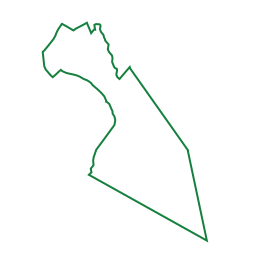 outline of New Development, Soufrière, Saint Lucia, rotated 100°
{"feature_id": "8701671B90589302469982", "entity_name": "New Development", "entity_type": "district", "adm_level": 2, "iso_a3": "LCA", "parent_name": "Saint Lucia", "parent_adm1": "Soufrière", "projection": "natural_earth1", "projection_center": [-61.052, 13.862], "detail": "fine", "context": "isolated", "style": "outline", "palette": "green", "viewbox_px": 256, "rotation_deg": 100, "n_neighbors": 0, "source": "geoboundaries", "source_scale": "gbopen_adm2", "svg_char_len": 1572}
<svg xmlns="http://www.w3.org/2000/svg" viewBox="0 0 256 256"><g transform="rotate(100 128 128)"><path d="M139.7,64.9L68.8,136.4L67.7,136.9L81.2,144.9L79.8,147.3L77.5,148.8L75.6,148.8L72.9,148.8L71.6,149.4L71.4,150.8L70.5,152.1L68.5,153.4L65.7,155.1L61.9,155.4L61.0,155.7L59.3,156.4L57.2,159.0L56.5,159.9L55.7,160.4L54.1,161.5L50.1,161.6L49.1,161.6L48.1,162.9L45.9,165.6L44.8,166.0L44.4,166.2L43.0,167.3L40.5,168.4L38.6,170.8L37.6,171.6L35.3,172.9L34.0,172.8L32.5,172.7L32.0,172.9L31.6,173.0L30.8,174.0L31.1,176.1L31.2,177.5L32.2,179.0L32.5,179.0L33.7,178.6L34.5,178.3L36.8,177.5L36.7,178.3L37.6,178.9L41.0,180.8L38.3,182.4L36.2,183.8L35.7,184.1L32.8,186.0L31.5,186.8L33.5,189.2L35.7,192.0L39.1,196.5L40.3,197.6L41.1,198.4L41.4,198.7L39.1,204.8L38.5,206.5L36.9,211.1L37.0,211.2L37.6,211.5L39.9,212.5L42.8,213.8L45.6,214.7L46.0,214.8L48.7,215.4L49.7,215.5L53.5,216.9L60.2,220.5L66.4,224.0L66.9,224.4L67.9,225.2L68.2,225.1L76.9,222.6L81.9,221.1L84.2,219.5L84.5,219.4L87.4,215.9L87.6,215.7L89.4,213.4L90.1,212.5L91.0,210.9L87.1,207.8L85.3,206.5L84.5,205.9L82.4,204.2L83.5,202.4L84.5,198.2L84.8,192.2L84.9,189.8L85.1,188.0L85.3,186.7L85.8,184.5L87.4,180.2L87.8,178.4L87.9,177.6L88.0,176.9L89.1,174.2L90.1,172.2L91.8,170.5L95.7,163.9L98.5,159.8L101.0,156.8L105.1,154.1L105.9,154.1L106.1,153.1L107.5,150.7L114.4,146.1L116.4,145.7L119.0,143.4L122.4,141.9L126.6,141.9L127.4,141.9L143.9,150.0L154.9,155.5L156.9,155.8L162.7,156.7L165.9,156.7L170.6,155.5L174.5,157.6L178.1,156.3L180.9,158.4L225.2,30.8L140.1,65.1L139.7,64.9Z" fill="none" stroke="#15803d" stroke-width="2"/></g></svg>